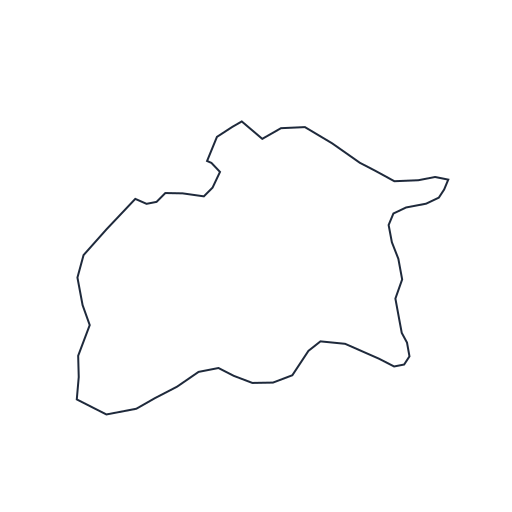 Pongsan, Hwanghae-bukto, North Korea, rotated 169°
{"feature_id": "82179303B35443402904983", "entity_name": "Pongsan", "entity_type": "district", "adm_level": 2, "iso_a3": "PRK", "parent_name": "North Korea", "parent_adm1": "Hwanghae-bukto", "projection": "natural_earth1", "projection_center": [125.882, 38.516], "detail": "fine", "context": "isolated", "style": "outline", "palette": "slate", "viewbox_px": 512, "rotation_deg": 169, "n_neighbors": 0, "source": "geoboundaries", "source_scale": "gbopen_adm2", "svg_char_len": 927}
<svg xmlns="http://www.w3.org/2000/svg" viewBox="0 0 512 512"><g transform="rotate(169 256 256)"><path d="M124.5,128.2L124.3,142.2L127.6,152.7L127.5,166.7L127.3,187.6L117.0,205.1L116.8,226.1L120.0,243.6L119.9,261.1L113.0,271.5L99.4,275.0L79.0,274.9L65.4,278.4L58.6,285.4L52.7,294.3L65.2,299.4L82.2,299.4L105.9,303.0L122.8,317.0L136.2,327.6L159.8,352.1L183.4,373.2L207.1,376.7L227.5,369.8L244.3,390.8L254.5,387.3L271.6,380.4L285.9,358.6L282.0,355.9L275.3,345.4L285.6,331.4L295.8,324.5L316.1,331.5L333.0,335.1L343.3,328.1L353.5,328.1L363.6,335.1L397.7,310.7L425.1,289.8L435.4,268.9L435.6,240.9L432.4,219.9L449.6,192.0L453.1,171.0L459.3,149.4L433.1,129.0L402.6,128.9L382.2,135.8L358.4,142.8L334.5,153.2L314.2,153.2L300.7,142.6L283.8,132.1L263.5,128.5L243.1,132.0L222.6,152.9L209.0,159.9L185.3,152.8L165.1,138.8L155.0,131.8L141.5,121.2L133.6,121.2L131.3,121.2L124.5,128.2Z" fill="none" stroke="#1e293b" stroke-width="2"/></g></svg>